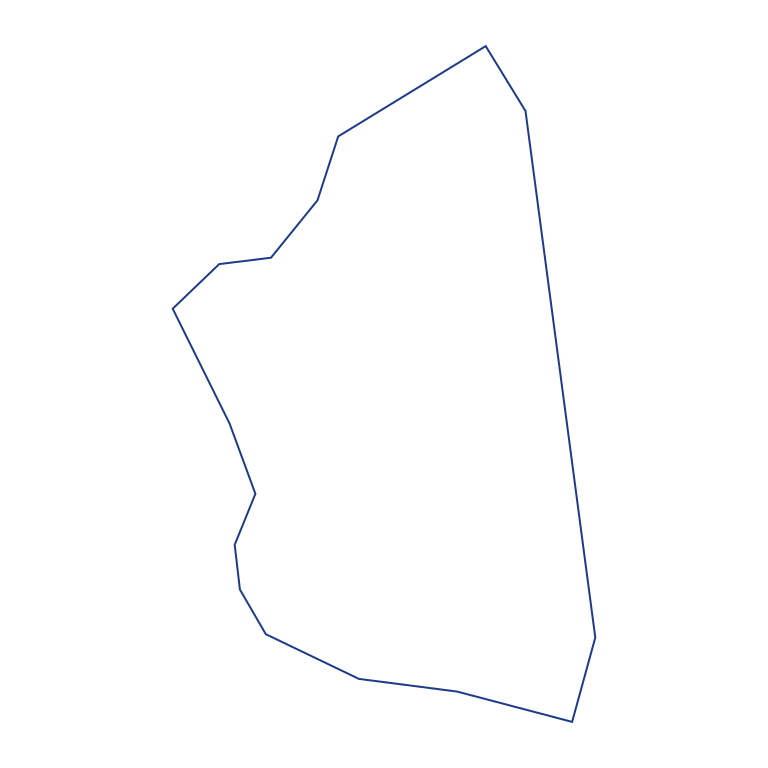 SVG path tracing the border of Marsaskala
{"feature_id": "MLT-5962", "entity_name": "Marsaskala", "entity_type": "state/province", "adm_level": 1, "iso_a3": "MLT", "parent_name": "Malta", "parent_adm1": "", "projection": "albers", "projection_center": [14.553, 35.857], "detail": "fine", "context": "isolated", "style": "outline", "palette": "blue", "viewbox_px": 768, "rotation_deg": 0, "n_neighbors": 0, "source": "natural_earth", "source_scale": "10m", "svg_char_len": 329}
<svg xmlns="http://www.w3.org/2000/svg" viewBox="0 0 768 768"><path d="M485.7,46.1L525.5,111.0L595.3,637.6L572.1,721.9L457.2,691.6L358.9,678.9L265.8,634.2L239.9,589.5L234.7,544.8L255.4,493.8L229.6,423.6L172.7,308.7L219.2,264.1L271.0,257.7L317.5,200.3L338.2,136.4L485.7,46.1Z" fill="none" stroke="#1e3a8a" stroke-width="2"/></svg>